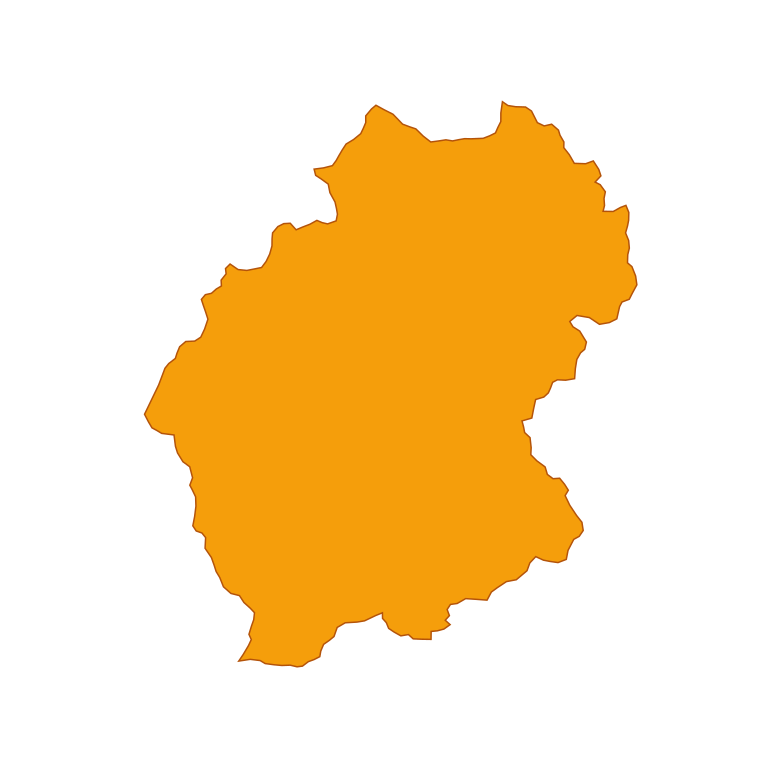 Guareí, São Paulo, Brazil, rotated 101°
{"feature_id": "56859067B44284310246049", "entity_name": "Guareí", "entity_type": "district", "adm_level": 2, "iso_a3": "BRA", "parent_name": "Brazil", "parent_adm1": "São Paulo", "projection": "orthographic", "projection_center": [-48.224, -23.376], "detail": "fine", "context": "isolated", "style": "filled", "palette": "amber", "viewbox_px": 768, "rotation_deg": 101, "n_neighbors": 0, "source": "geoboundaries", "source_scale": "gbopen_adm2", "svg_char_len": 3271}
<svg xmlns="http://www.w3.org/2000/svg" viewBox="0 0 768 768"><g transform="rotate(101 384 384)"><path d="M427.9,605.0L459.4,613.3L466.1,608.0L471.3,603.4L473.0,598.0L474.9,592.8L474.1,580.4L485.0,576.8L491.1,573.5L498.7,566.5L502.3,558.9L512.6,554.0L520.4,555.3L524.6,551.9L530.7,547.4L539.8,545.3L550.1,544.6L559.7,544.6L564.1,540.3L565.0,534.3L568.8,529.8L579.4,528.3L587.3,520.3L594.4,516.1L600.1,513.0L605.3,508.3L613.7,502.9L618.8,494.3L619.3,485.5L625.2,479.8L629.6,472.5L633.2,467.5L640.2,466.9L646.9,467.9L655.5,468.8L660.2,465.5L666.6,467.1L676.4,470.6L683.7,473.7L679.8,462.8L679.1,452.8L681.1,447.3L680.6,438.6L679.8,430.6L677.9,422.4L678.2,415.4L676.5,410.2L671.0,405.3L667.8,400.0L663.9,395.0L658.2,395.1L651.1,393.6L645.9,388.6L641.4,384.9L631.9,383.5L625.8,376.5L622.8,364.9L620.2,357.9L612.8,347.9L608.9,341.9L614.4,340.7L617.8,336.2L623.0,332.8L625.6,326.7L628.0,319.4L625.3,312.2L628.6,306.7L627.3,298.1L625.7,289.1L617.9,290.5L616.1,284.5L613.1,278.4L607.6,273.2L604.2,278.8L598.9,275.6L593.3,279.0L587.7,276.7L585.5,270.3L579.1,262.9L577.7,251.9L576.5,241.6L567.7,238.9L562.4,234.0L554.6,226.1L550.9,216.8L540.0,208.0L531.8,206.7L524.5,202.1L526.5,193.9L526.5,187.1L526.1,179.1L521.4,171.6L512.2,171.6L500.3,168.1L496.3,163.3L489.8,160.5L482.0,163.3L476.3,169.9L467.6,178.5L459.0,184.9L453.1,182.8L448.1,187.5L443.0,193.6L444.7,200.0L441.6,206.4L434.7,210.0L430.2,219.4L425.4,226.4L418.4,227.4L408.8,230.4L404.8,236.7L399.5,238.8L393.9,241.5L389.2,232.4L379.2,232.4L370.3,232.2L366.3,224.6L361.4,221.0L356.3,219.8L350.2,218.8L346.8,214.6L345.6,206.4L342.4,197.9L332.3,199.1L323.1,199.4L315.9,197.0L311.6,193.6L304.2,193.3L294.7,202.0L291.8,209.4L287.2,213.6L279.9,207.6L279.6,195.1L284.3,183.9L280.7,174.5L275.6,167.9L263.1,167.5L258.1,166.0L254.0,159.4L247.6,157.6L238.4,154.7L230.0,157.6L221.5,163.0L218.6,168.1L210.6,169.4L203.8,169.1L196.5,171.2L189.6,175.7L182.3,175.1L176.6,175.1L168.9,176.4L162.5,180.6L165.6,185.6L170.9,191.9L172.7,201.9L166.7,201.6L160.0,203.4L153.1,203.4L147.1,209.8L145.5,215.3L138.3,210.8L132.4,214.1L125.1,221.1L129.3,228.1L131.1,239.3L123.5,245.9L117.7,252.6L112.1,253.6L106.2,258.7L101.5,261.2L97.0,269.0L100.1,276.0L98.2,283.3L87.9,291.3L85.1,297.9L86.7,307.6L87.0,315.5L84.3,321.6L95.7,321.0L104.1,319.4L110.5,321.2L116.3,322.5L120.2,327.6L123.9,333.5L126.7,345.3L127.8,351.7L129.8,357.0L132.3,363.1L132.5,369.8L135.0,376.8L137.5,384.3L133.2,392.8L127.5,401.4L126.7,407.5L125.4,415.3L117.5,426.6L114.7,436.4L111.9,445.1L116.5,448.8L124.3,453.1L130.9,451.8L137.0,453.1L142.7,454.6L149.8,460.5L155.7,467.0L162.1,469.6L168.3,471.8L173.8,473.6L179.5,476.3L183.4,484.6L186.4,493.6L192.2,490.9L194.7,484.8L198.4,476.9L206.5,473.6L214.7,466.8L220.9,464.1L226.2,462.1L233.0,462.1L237.6,469.9L237.4,475.5L236.2,481.1L241.3,487.2L245.5,493.9L249.4,499.7L244.1,506.7L245.7,513.0L249.7,518.2L256.9,522.2L262.7,521.6L269.9,520.3L278.3,521.0L286.2,523.1L293.0,526.4L295.6,532.7L298.7,540.3L299.5,549.1L295.6,558.0L300.9,561.6L306.0,560.0L313.1,563.7L318.8,562.3L322.7,566.7L327.9,570.7L330.4,576.4L335.8,579.4L341.2,576.4L347.4,572.8L354.0,569.2L364.4,570.6L373.0,572.8L378.0,578.0L380.1,586.7L386.4,591.7L393.3,593.1L398.7,593.7L405.0,599.2L410.3,602.0L427.9,605.0Z" fill="#f59e0b" stroke="#b45309" stroke-width="1.5"/></g></svg>